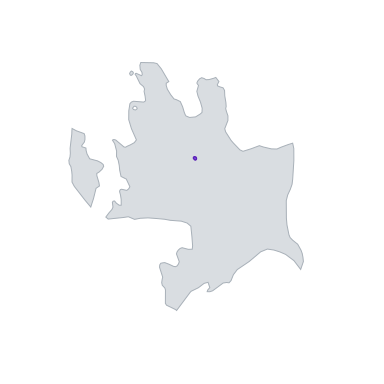 location of Yevlakh City, Yevlakh, Azerbaijan, rotated 39°
{"feature_id": "54616110B78344971255813", "entity_name": "Yevlakh City", "entity_type": "district", "adm_level": 2, "iso_a3": "AZE", "parent_name": "Azerbaijan", "parent_adm1": "Yevlakh", "projection": "natural_earth1", "projection_center": [47.167, 40.614], "detail": "fine", "context": "in_parent", "style": "filled", "palette": "violet", "viewbox_px": 384, "rotation_deg": 39, "n_neighbors": 0, "source": "geoboundaries", "source_scale": "gbopen_adm2", "svg_char_len": 3553}
<svg xmlns="http://www.w3.org/2000/svg" viewBox="0 0 384 384"><g transform="rotate(39 192 192)"><path d="M254.6,293.8L253.3,293.7L243.5,296.0L241.4,295.3L233.0,284.8L231.3,283.7L227.6,283.2L225.5,281.5L223.8,278.7L222.8,276.6L214.1,270.9L212.8,268.9L212.6,267.0L213.9,265.4L215.3,264.0L219.6,262.6L224.5,261.4L226.1,260.5L226.9,259.0L226.8,256.6L226.0,254.2L218.9,249.9L218.1,248.0L217.9,245.7L218.3,243.3L219.4,241.5L225.2,238.9L228.2,236.3L226.3,233.4L220.0,226.7L212.6,219.3L207.7,219.2L202.0,221.4L192.9,227.7L187.9,230.4L181.3,234.8L174.1,239.8L168.3,245.0L164.6,249.4L158.1,251.3L154.8,254.9L143.9,265.8L140.8,265.7L140.6,260.3L140.8,256.0L140.1,253.5L136.6,250.1L136.5,248.7L137.5,247.7L140.2,248.3L143.7,248.1L145.3,246.8L141.6,242.3L138.3,239.3L135.5,237.3L134.9,236.1L134.9,235.2L135.5,234.2L140.3,231.8L140.8,229.5L140.4,227.0L132.8,223.3L127.1,224.6L122.0,220.5L118.8,217.2L114.7,213.8L111.0,211.9L107.6,207.6L101.5,203.1L97.6,201.8L97.7,201.1L98.4,200.3L100.0,199.6L110.8,199.8L112.2,199.0L112.9,197.1L114.4,194.2L116.1,190.0L116.0,186.5L105.1,180.9L97.3,175.6L91.8,168.7L88.2,162.5L88.3,160.3L89.4,158.3L97.9,152.5L98.4,151.0L98.3,150.0L95.3,147.1L91.5,144.0L90.3,141.8L88.0,140.6L83.4,140.5L75.5,136.8L73.8,136.4L73.5,135.7L73.9,134.9L79.5,133.4L79.5,132.1L77.8,130.5L74.6,129.3L71.7,126.3L70.7,123.6L80.9,115.7L84.0,114.2L90.6,115.6L104.5,120.8L103.5,123.7L104.9,125.4L108.1,127.6L114.2,129.8L119.4,131.0L122.0,130.0L126.0,129.1L131.1,131.7L135.9,135.0L138.3,136.3L139.5,136.7L143.2,135.6L147.5,131.4L149.3,126.3L149.7,123.9L147.2,120.5L142.0,116.8L136.2,113.6L132.4,110.7L130.0,105.1L127.6,104.5L127.0,103.8L126.6,101.9L126.7,99.2L127.6,97.1L129.9,96.2L132.3,95.9L134.5,93.9L137.2,90.1L138.4,88.0L143.4,89.2L144.1,92.6L145.0,93.4L147.1,92.9L150.6,91.5L153.4,92.6L157.0,96.7L162.0,101.1L164.7,104.0L165.7,106.0L168.3,107.9L172.0,110.2L174.9,113.8L177.6,122.2L180.3,124.1L189.9,127.3L193.2,127.9L202.7,129.1L206.0,128.3L210.8,121.1L215.2,113.6L219.2,112.1L226.6,108.5L231.0,105.1L232.8,101.5L236.9,94.6L239.5,90.7L243.8,94.2L251.4,103.5L262.2,118.7L264.9,123.0L266.7,128.0L268.2,134.0L270.7,139.4L281.7,152.8L286.5,157.8L294.2,164.2L297.0,165.7L300.6,166.1L307.1,166.1L313.3,168.6L316.3,170.4L319.4,173.0L322.3,175.9L325.2,183.8L314.5,181.2L303.9,181.6L297.9,183.3L292.1,185.6L286.5,188.9L283.0,195.3L280.2,210.0L276.0,223.8L276.2,230.2L278.1,236.3L277.9,239.3L275.9,240.5L273.5,243.1L270.2,255.8L268.6,258.3L266.5,259.9L265.9,258.4L266.0,255.1L261.3,252.1L258.9,255.4L257.2,262.4L253.8,269.7L253.7,271.2L254.6,293.8ZM96.5,163.8L97.0,161.8L95.7,160.9L94.3,160.9L93.0,161.8L93.0,164.3L94.7,164.7L96.5,163.8ZM61.1,221.3L59.6,219.3L58.8,218.1L63.6,217.2L71.4,214.5L73.5,215.8L75.8,218.6L76.9,220.9L77.1,225.4L78.0,226.1L81.9,224.6L83.6,226.4L86.5,228.5L91.6,230.6L98.9,227.3L102.6,226.5L105.6,226.5L107.2,227.6L107.8,231.0L107.2,235.2L106.3,237.5L107.8,239.2L113.8,243.3L116.3,245.6L115.1,249.5L119.6,259.1L121.0,262.8L122.8,267.4L113.6,265.6L97.0,261.7L92.5,259.8L88.2,254.4L85.7,251.8L81.9,248.5L78.8,247.3L76.4,244.9L75.1,241.5L73.1,238.5L69.8,234.8L62.1,222.6L61.1,221.3ZM71.6,139.3L70.6,140.0L69.0,139.3L68.6,137.8L68.7,136.2L70.2,135.8L71.5,136.3L71.9,137.7L71.6,139.3Z" fill="#d9dde1" stroke="#a8b0b8" stroke-width="1"/><path d="M174.4,165.0L174.5,165.0L174.7,164.6L174.8,163.9L174.3,163.1L173.8,162.7L173.4,162.5L172.5,162.6L172.1,162.8L171.7,163.1L171.4,163.6L171.4,164.1L171.5,164.2L171.8,164.7L172.3,165.1L172.6,165.1L173.0,165.1L173.6,165.3L174.0,165.2L174.4,165.0Z" fill="#8b5cf6" stroke="#5b21b6" stroke-width="1.5"/></g></svg>